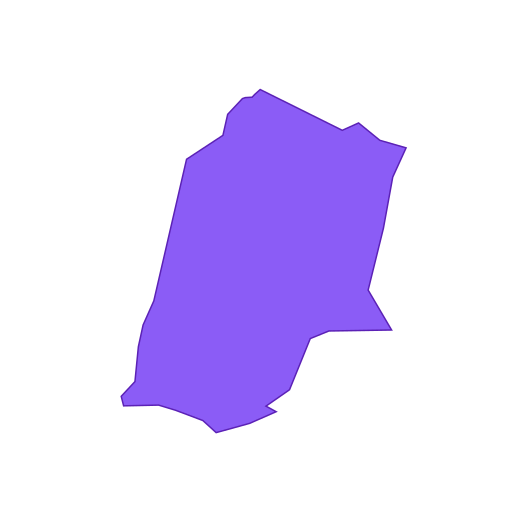 Santa Ana Tavela, Oaxaca, Mexico, rotated 247°
{"feature_id": "50627088B65889438571597", "entity_name": "Santa Ana Tavela", "entity_type": "district", "adm_level": 2, "iso_a3": "MEX", "parent_name": "Mexico", "parent_adm1": "Oaxaca", "projection": "albers", "projection_center": [-95.889, 16.606], "detail": "fine", "context": "isolated", "style": "filled", "palette": "violet", "viewbox_px": 512, "rotation_deg": 247, "n_neighbors": 0, "source": "geoboundaries", "source_scale": "gbopen_adm2", "svg_char_len": 600}
<svg xmlns="http://www.w3.org/2000/svg" viewBox="0 0 512 512"><g transform="rotate(247 256 256)"><path d="M296.9,436.4L314.1,415.2L338.4,402.4L338.0,384.5L407.6,324.9L405.2,317.9L403.7,314.5L406.0,308.0L406.2,305.0L397.5,285.3L380.0,272.7L372.2,229.9L254.6,144.4L236.6,125.1L227.1,118.4L218.5,112.3L187.7,95.5L179.5,77.1L169.8,75.6L156.8,108.1L145.5,121.6L125.3,142.8L109.0,150.3L104.4,184.9L104.5,190.0L104.8,213.7L109.9,209.7L113.9,206.5L119.8,234.6L158.8,273.7L158.5,293.8L134.9,351.9L180.8,345.9L231.7,384.1L275.2,412.7L296.9,436.4Z" fill="#8b5cf6" stroke="#5b21b6" stroke-width="1.5"/></g></svg>